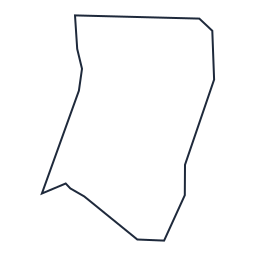 the border of Ljubno
{"feature_id": "SVN-963", "entity_name": "Ljubno", "entity_type": "Municipality", "adm_level": 1, "iso_a3": "SVN", "parent_name": "Slovenia", "parent_adm1": "", "projection": "mercator", "projection_center": [14.843, 46.37], "detail": "fine", "context": "isolated", "style": "outline", "palette": "slate", "viewbox_px": 256, "rotation_deg": 0, "n_neighbors": 0, "source": "natural_earth", "source_scale": "10m", "svg_char_len": 303}
<svg xmlns="http://www.w3.org/2000/svg" viewBox="0 0 256 256"><path d="M199.3,18.6L212.3,30.8L214.1,79.6L185.0,164.8L184.8,195.2L164.1,240.6L137.3,239.5L84.2,196.4L70.3,188.4L65.7,183.5L41.9,193.5L78.9,90.7L82.0,68.8L77.2,48.9L75.0,15.4L199.3,18.6Z" fill="none" stroke="#1e293b" stroke-width="2"/></svg>